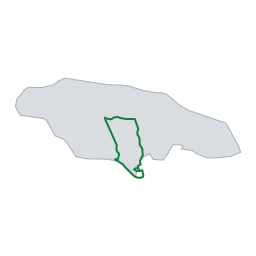 location of Clarendon within Jamaica
{"feature_id": "JAM-1370", "entity_name": "Clarendon", "entity_type": "Parish", "adm_level": 1, "iso_a3": "JAM", "parent_name": "Jamaica", "parent_adm1": "", "projection": "robinson", "projection_center": [-77.269, 17.954], "detail": "fine", "context": "in_parent", "style": "outline", "palette": "green", "viewbox_px": 256, "rotation_deg": 0, "n_neighbors": 0, "source": "natural_earth", "source_scale": "10m", "svg_char_len": 1814}
<svg xmlns="http://www.w3.org/2000/svg" viewBox="0 0 256 256"><path d="M129.4,86.1L142.3,90.4L155.6,92.7L161.4,92.8L166.8,94.2L178.9,104.7L188.7,110.4L225.9,123.2L238.3,145.3L240.6,152.2L231.0,156.3L219.0,157.7L207.4,158.0L196.8,153.7L192.1,150.5L181.0,148.9L183.7,146.0L178.8,144.6L172.6,144.9L168.1,153.4L163.0,160.1L153.3,159.4L149.5,153.7L144.4,156.3L140.3,160.5L135.4,176.4L127.5,168.5L118.8,161.9L108.0,159.2L86.1,158.8L75.8,156.6L67.2,143.2L63.8,139.4L55.2,135.9L46.6,120.6L43.5,118.5L20.2,115.2L15.4,106.8L16.8,99.2L24.6,89.9L28.4,87.2L41.3,87.6L53.6,84.8L59.0,80.8L64.7,78.2L109.3,84.9L119.6,85.0L129.4,86.1Z" fill="#d9dde1" stroke="#a8b0b8" stroke-width="1"/><path d="M142.8,155.7L142.1,156.2L140.4,160.0L139.9,161.1L140.7,164.4L140.0,164.8L138.6,165.7L137.9,166.0L138.1,166.7L138.3,167.9L138.6,168.7L137.4,168.1L136.3,168.0L135.2,168.5L134.2,169.4L136.0,170.7L138.0,171.1L140.1,171.0L142.2,170.2L143.3,174.8L142.9,176.9L140.4,177.8L138.2,177.7L136.2,177.2L134.2,176.2L125.0,167.1L123.1,164.5L115.3,159.5L115.6,159.2L115.8,159.1L116.1,159.0L117.1,159.1L117.4,159.1L117.7,159.0L117.9,158.8L118.1,158.6L118.2,158.3L118.4,156.8L119.0,154.5L119.1,154.2L119.0,153.8L118.8,153.3L117.5,152.2L117.1,151.5L116.9,150.9L116.7,150.2L116.5,148.6L116.4,147.7L116.4,147.1L116.7,146.2L116.9,145.5L105.4,119.7L105.1,117.9L107.6,118.8L110.3,119.3L110.7,119.2L111.2,119.1L112.0,118.8L112.4,118.6L113.1,117.9L113.4,117.8L117.0,116.9L117.4,116.9L118.0,117.0L120.0,117.9L125.2,118.9L134.8,119.1L137.8,127.4L138.2,129.6L137.8,130.4L137.5,131.6L137.3,133.3L137.3,133.9L137.4,134.4L137.8,135.1L138.0,135.3L138.6,136.3L139.2,137.5L139.4,138.3L139.6,138.9L139.6,143.2L139.7,144.1L139.8,144.8L139.9,145.1L140.1,145.4L142.1,148.4L142.3,149.0L142.4,149.5L142.3,149.9L142.8,155.7Z" fill="none" stroke="#15803d" stroke-width="2"/></svg>